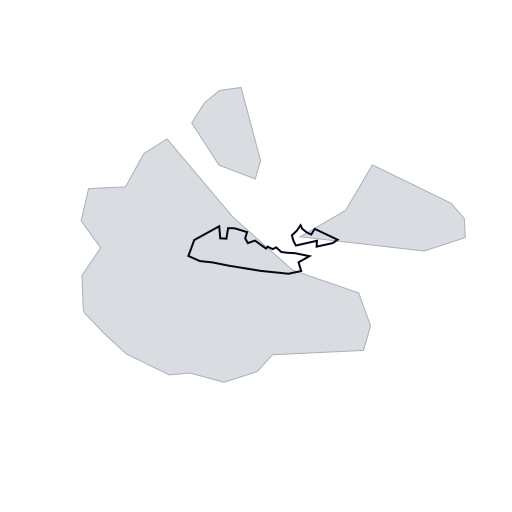 Tsuen Wan highlighted on a map of Hong Kong S.A.R., rotated 206°
{"feature_id": "HKG-5165", "entity_name": "Tsuen Wan", "entity_type": "state/province", "adm_level": 1, "iso_a3": "HKG", "parent_name": "Hong Kong S.A.R.", "parent_adm1": "", "projection": "orthographic", "projection_center": [114.074, 22.367], "detail": "fine", "context": "in_parent", "style": "outline", "palette": "ink", "viewbox_px": 512, "rotation_deg": 206, "n_neighbors": 0, "source": "natural_earth", "source_scale": "10m", "svg_char_len": 1189}
<svg xmlns="http://www.w3.org/2000/svg" viewBox="0 0 512 512"><g transform="rotate(206 256 256)"><path d="M204.2,152.7L206.3,150.7L229.5,128.4L263.9,121.9L282.0,111.1L329.3,111.1L358.3,119.7L385.6,129.8L388.3,133.1L403.9,162.3L399.2,195.2L428.6,211.0L436.0,243.2L403.6,260.9L401.7,298.9L387.3,322.2L293.8,280.8L216.8,259.3L147.5,267.8L122.4,243.4L118.0,218.3L197.9,174.5L204.2,152.7ZM191.3,388.9L103.9,388.9L85.2,381.0L76.0,364.4L107.0,334.2L224.8,292.6L195.4,336.4L191.3,388.9ZM361.3,388.9L343.3,400.9L293.6,343.6L290.5,324.9L328.9,321.4L372.0,347.3L369.6,370.8L361.3,388.9Z" fill="#d9dde1" stroke="#a8b0b8" stroke-width="1"/><path d="M274.5,273.6L273.5,267.1L269.0,264.0L263.7,269.4L250.3,267.1L249.7,269.5L244.0,269.5L241.7,272.6L235.0,270.7L229.4,272.6L221.9,275.7L207.9,279.3L215.0,269.0L208.8,262.3L219.0,254.3L245.5,244.6L276.1,235.4L292.5,231.1L304.3,226.8L316.8,226.4L318.5,243.3L302.1,266.6L295.9,256.2L290.2,258.6L293.3,268.8L287.4,271.5L274.5,273.6ZM189.8,306.4L192.6,301.3L205.6,291.0L207.9,296.4L224.7,282.9L228.7,285.7L232.8,290.3L230.5,296.4L229.4,303.2L226.4,300.7L220.8,299.5L215.8,299.5L215.1,306.1L189.8,306.4Z" fill="none" stroke="#020617" stroke-width="2"/></g></svg>